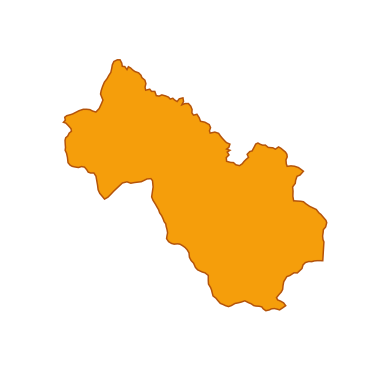 Aguaí, São Paulo, Brazil (Robinson projection), rotated 30°
{"feature_id": "56859067B42801788146128", "entity_name": "Aguaí", "entity_type": "district", "adm_level": 2, "iso_a3": "BRA", "parent_name": "Brazil", "parent_adm1": "São Paulo", "projection": "robinson", "projection_center": [-47.051, -22.058], "detail": "fine", "context": "isolated", "style": "filled", "palette": "amber", "viewbox_px": 384, "rotation_deg": 30, "n_neighbors": 0, "source": "geoboundaries", "source_scale": "gbopen_adm2", "svg_char_len": 3451}
<svg xmlns="http://www.w3.org/2000/svg" viewBox="0 0 384 384"><g transform="rotate(30 192 192)"><path d="M278.1,118.3L274.9,117.9L272.0,117.6L268.0,118.4L264.6,119.9L261.6,122.2L259.6,120.5L257.3,117.2L256.9,114.0L255.3,111.9L253.0,110.7L250.1,110.2L247.2,109.7L244.4,109.7L242.8,113.2L239.9,113.3L235.7,115.3L232.1,114.7L229.8,116.1L227.0,116.6L224.6,116.6L223.2,118.6L223.4,122.2L223.5,126.4L221.8,128.1L220.9,131.8L223.6,133.7L222.5,136.9L221.8,139.5L221.4,142.4L220.0,145.4L216.4,146.5L213.2,145.8L210.6,147.1L206.6,148.1L204.5,145.1L205.5,141.4L202.5,139.8L204.0,136.9L200.5,137.5L201.6,135.0L200.9,131.6L197.2,132.0L194.9,131.4L191.4,130.3L188.7,129.3L185.7,127.9L181.8,128.7L178.3,131.9L176.5,130.3L175.9,127.0L173.2,125.0L168.2,125.1L164.0,126.5L161.1,124.1L157.4,122.2L154.9,124.7L152.3,123.5L150.8,120.5L148.0,118.3L144.6,117.2L141.6,119.0L139.6,121.6L139.4,117.8L137.1,115.0L134.4,117.6L133.9,121.1L130.8,121.0L128.5,120.4L126.7,122.4L124.2,121.6L121.1,122.0L117.3,123.0L115.6,125.4L112.9,126.4L109.5,123.5L106.6,125.1L104.0,124.1L101.0,127.0L98.9,124.7L97.9,121.2L95.3,118.7L91.4,118.0L89.4,116.4L86.2,115.5L82.2,116.2L79.3,115.9L76.9,115.3L74.3,115.3L74.5,118.5L71.1,117.0L68.8,118.0L66.7,115.5L63.6,113.5L61.2,114.9L59.1,118.0L59.4,121.7L60.7,125.2L61.9,129.0L61.7,132.7L61.8,136.1L61.2,140.7L61.8,145.4L62.7,149.7L63.8,152.9L66.2,154.8L68.9,156.9L69.4,160.7L69.9,166.1L68.8,170.8L65.3,171.6L62.4,171.7L59.5,173.0L56.4,174.8L53.5,178.1L49.6,184.1L47.9,186.0L45.4,188.5L44.4,190.9L46.4,193.2L45.8,195.9L48.2,195.4L50.9,196.1L53.4,196.9L55.6,197.7L57.2,199.7L56.2,202.4L56.4,205.7L55.5,208.2L56.2,210.7L58.4,214.1L60.2,216.7L61.3,219.3L64.0,221.2L66.8,224.3L70.0,228.6L73.0,229.7L75.4,229.7L77.9,228.9L81.4,227.6L83.6,225.2L86.5,224.2L89.6,225.3L92.2,226.7L94.8,226.2L97.5,224.6L100.9,226.3L106.7,233.2L109.6,237.0L112.8,239.3L116.1,240.5L119.8,241.9L121.8,238.5L122.8,234.7L123.8,230.4L124.9,226.7L127.2,219.0L130.6,215.7L134.6,215.0L137.3,212.7L140.2,210.5L142.9,208.5L144.5,206.2L146.5,203.2L149.7,201.0L152.1,201.9L153.8,204.3L155.8,207.1L157.4,211.1L159.5,216.4L162.4,218.7L166.4,220.8L169.4,222.6L171.9,224.0L174.4,226.2L177.6,227.7L180.4,229.7L182.7,231.6L185.2,232.7L186.8,234.7L189.3,237.2L191.3,239.6L192.2,242.3L193.3,245.1L196.6,246.7L199.9,246.8L202.6,246.1L205.4,244.1L207.7,243.2L210.5,243.2L213.7,243.5L216.6,244.4L219.8,246.2L222.4,249.8L225.5,251.8L228.9,252.8L232.7,255.6L235.8,256.6L240.7,256.2L243.7,255.5L247.8,256.1L250.4,260.6L252.3,263.5L255.9,265.5L257.9,267.1L260.0,269.3L262.2,271.5L265.9,272.0L268.4,273.0L272.2,274.3L275.1,273.9L277.8,273.7L280.9,273.0L282.8,270.8L285.0,267.0L287.2,265.1L289.4,263.0L292.2,259.8L296.3,259.6L299.3,259.2L302.2,259.5L304.4,258.8L307.2,257.4L309.8,256.6L312.2,257.6L315.3,257.9L317.9,255.5L319.3,253.4L321.7,251.7L324.3,250.9L326.8,250.3L328.3,247.3L330.0,243.6L326.7,242.2L323.5,242.2L320.1,242.6L318.0,241.3L318.6,237.3L319.3,234.0L319.2,231.0L317.6,227.5L316.3,223.8L316.4,217.9L318.5,215.4L320.7,211.0L323.7,209.4L325.5,203.3L324.6,199.6L325.5,196.4L327.9,193.8L330.6,192.4L332.4,190.5L334.7,188.9L339.6,186.1L331.2,169.3L329.2,167.7L327.1,164.8L325.9,161.7L324.6,158.9L325.2,155.4L324.0,151.2L322.2,149.6L314.9,147.0L312.3,146.6L308.4,145.0L304.7,145.3L301.0,145.6L296.8,145.3L293.4,144.7L290.9,145.6L284.4,148.8L281.5,145.3L279.1,140.8L276.6,137.3L277.1,132.9L275.9,130.0L275.1,125.9L277.1,123.3L278.1,118.3Z" fill="#f59e0b" stroke="#b45309" stroke-width="1.5"/></g></svg>